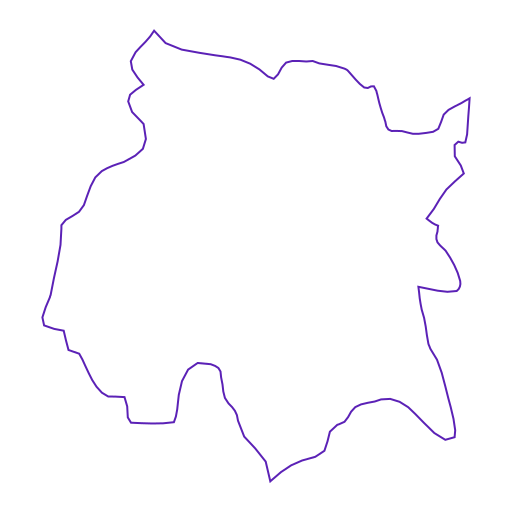 Morelos, Robinson projection
{"feature_id": "MEX-2732", "entity_name": "Morelos", "entity_type": "State", "adm_level": 1, "iso_a3": "MEX", "parent_name": "Mexico", "parent_adm1": "", "projection": "robinson", "projection_center": [-99.0, 18.746], "detail": "fine", "context": "isolated", "style": "outline", "palette": "violet", "viewbox_px": 512, "rotation_deg": 0, "n_neighbors": 0, "source": "natural_earth", "source_scale": "10m", "svg_char_len": 3076}
<svg xmlns="http://www.w3.org/2000/svg" viewBox="0 0 512 512"><path d="M469.6,98.3L469.0,107.3L468.3,116.3L467.7,125.4L467.1,134.4L465.3,142.4L462.1,142.8L458.3,141.7L454.6,145.0L454.8,156.3L460.8,165.5L463.8,173.5L455.0,181.3L446.4,189.5L439.8,199.0L433.8,209.0L426.6,218.6L429.3,220.7L432.1,222.8L435.1,224.5L438.1,225.7L437.9,227.1L437.8,228.6L437.6,230.0L437.5,231.5L436.4,235.5L436.4,239.1L437.5,242.4L439.8,245.1L441.2,246.5L442.7,247.9L444.2,249.3L445.6,250.7L450.1,257.6L454.2,265.0L457.7,272.9L460.2,281.0L460.4,284.0L459.9,286.6L458.7,289.0L456.7,291.0L447.4,291.8L437.7,290.7L427.8,288.7L418.4,286.8L419.1,292.5L419.7,298.2L420.6,303.9L421.7,309.6L424.1,317.9L425.7,326.5L426.9,335.2L428.4,343.8L428.9,345.2L429.5,346.5L430.0,347.9L430.6,349.2L437.0,359.7L441.7,372.7L445.3,386.3L448.4,398.6L450.7,407.1L453.5,418.9L455.2,430.3L454.6,437.2L445.3,439.8L434.4,433.1L423.8,422.7L415.2,413.9L408.2,407.2L399.6,401.8L390.2,398.9L381.1,399.4L374.8,401.5L367.8,402.8L361.0,404.4L355.3,407.1L351.1,411.7L348.1,417.1L344.5,421.8L338.7,424.4L338.3,424.5L338.0,424.6L337.6,424.7L337.3,424.8L329.9,431.7L327.5,441.4L324.4,450.8L315.3,456.8L302.1,460.5L291.2,465.3L281.1,472.0L270.3,481.3L265.7,461.6L255.2,448.4L244.2,436.6L238.0,420.7L236.9,415.1L234.9,410.8L232.1,407.1L228.5,403.4L224.9,397.9L223.3,391.5L222.5,384.5L221.1,377.3L220.5,371.5L218.4,368.0L215.1,365.9L210.7,364.2L197.6,363.0L188.1,369.6L182.0,381.1L178.8,394.8L178.0,402.0L177.2,409.5L175.9,416.5L173.9,422.2L163.2,423.3L152.5,423.5L141.8,423.2L131.0,422.7L127.8,417.4L127.2,406.4L124.5,397.1L115.3,396.6L108.2,396.5L101.9,392.7L96.5,386.7L92.2,380.0L88.8,373.3L85.5,366.3L82.4,359.5L79.2,353.7L68.5,350.0L65.9,340.1L63.7,330.7L54.2,328.9L44.1,325.4L42.4,317.4L45.7,307.2L50.0,297.0L50.0,296.5L50.2,296.0L50.4,295.6L50.6,295.1L53.9,278.3L57.6,261.5L60.5,244.9L61.4,228.6L61.4,227.7L61.4,226.8L61.4,226.0L61.4,225.2L65.8,219.9L72.3,216.1L79.0,211.8L83.9,205.1L87.1,195.9L90.7,186.2L95.3,177.4L101.8,171.1L107.1,168.2L112.6,165.8L118.2,163.8L123.8,162.0L135.3,155.6L142.9,148.8L145.9,139.0L143.6,124.0L140.8,121.0L137.9,118.0L135.0,115.0L132.1,112.0L128.2,101.4L130.1,94.7L135.9,89.9L143.6,84.8L137.5,77.4L132.3,69.6L130.8,61.2L135.6,52.2L140.4,47.0L145.5,41.8L150.2,36.4L154.1,30.7L165.6,43.1L181.7,49.6L199.3,52.8L215.2,55.3L218.9,55.8L222.7,56.3L226.5,56.9L230.2,57.4L240.4,59.7L250.2,63.7L259.4,69.4L267.8,76.4L273.7,78.8L278.0,74.4L281.7,67.6L286.1,62.6L292.2,61.0L299.2,61.0L306.3,61.5L312.7,61.0L319.3,63.4L327.5,64.7L336.1,66.0L344.1,68.5L345.1,68.9L345.9,69.3L346.8,69.8L347.6,70.4L351.5,74.8L355.6,79.5L359.8,83.9L364.2,87.5L367.8,88.0L371.0,86.4L373.9,86.3L376.4,91.0L376.8,92.8L377.3,94.5L377.7,96.2L378.1,98.0L379.3,103.0L380.7,107.9L382.2,112.7L384.0,117.4L384.3,118.4L384.6,119.4L384.9,120.5L385.3,121.5L386.3,126.3L388.4,129.5L391.6,131.0L395.9,130.9L402.0,131.1L407.4,132.5L412.9,133.8L418.7,133.8L426.3,132.9L433.1,131.8L438.3,128.8L441.1,121.9L443.7,114.6L448.5,109.9L454.6,106.5L461.5,103.0L463.5,101.8L465.5,100.6L467.6,99.5L469.6,98.3Z" fill="none" stroke="#5b21b6" stroke-width="2"/></svg>